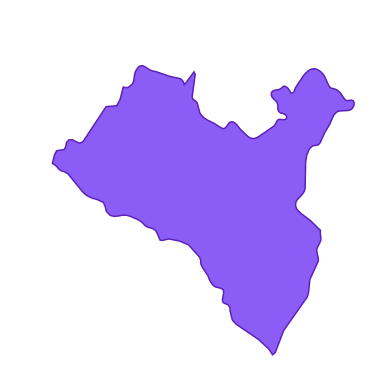 the border of Bas-Rhin, rotated 101°
{"feature_id": "FRA-5273", "entity_name": "Bas-Rhin", "entity_type": "Metropolitan department", "adm_level": 1, "iso_a3": "FRA", "parent_name": "France", "parent_adm1": "", "projection": "natural_earth1", "projection_center": [7.42, 48.594], "detail": "fine", "context": "isolated", "style": "filled", "palette": "violet", "viewbox_px": 384, "rotation_deg": 101, "n_neighbors": 0, "source": "natural_earth", "source_scale": "10m", "svg_char_len": 2830}
<svg xmlns="http://www.w3.org/2000/svg" viewBox="0 0 384 384"><g transform="rotate(101 192 192)"><path d="M205.3,58.4L206.2,58.5L209.0,57.9L211.8,56.9L214.7,56.4L217.4,56.8L222.4,58.3L224.6,58.6L227.5,57.9L233.0,55.4L235.6,54.8L255.3,59.6L268.7,58.4L273.0,58.8L310.5,75.6L333.7,79.6L336.4,81.8L331.5,86.6L324.2,98.3L313.5,123.2L310.6,127.3L309.2,128.4L300.5,132.3L298.4,132.4L297.9,133.1L296.8,134.0L295.7,135.6L295.2,138.4L294.7,140.1L293.4,141.1L291.6,141.6L284.9,141.7L282.2,142.5L281.0,145.2L280.7,150.9L279.7,153.3L277.1,156.2L274.0,158.7L271.2,160.3L264.7,166.8L261.1,169.5L257.2,170.5L254.5,172.2L244.5,185.4L242.5,195.2L242.5,205.7L245.3,212.1L245.3,214.2L239.4,218.2L236.6,220.6L235.4,223.4L234.9,229.1L233.7,232.1L232.1,234.0L230.5,236.9L229.3,240.3L227.6,248.3L227.3,252.2L228.1,255.9L229.6,259.7L230.8,263.8L230.5,268.0L227.3,272.4L222.9,274.4L219.1,277.1L217.5,283.5L217.0,289.6L215.5,294.7L213.0,299.1L198.0,317.0L196.5,320.7L196.0,325.0L194.8,327.4L193.2,329.2L191.5,331.9L190.6,334.5L181.4,334.0L177.3,332.7L174.6,325.4L171.2,324.6L167.2,324.6L164.1,322.7L163.6,318.9L164.9,314.9L165.5,311.3L163.1,308.5L124.6,292.6L121.7,282.4L115.2,280.3L102.1,279.5L102.2,275.9L100.8,273.9L97.3,271.1L94.3,270.4L86.8,270.8L84.6,270.5L82.7,269.9L80.1,268.7L78.7,267.7L78.1,266.7L77.4,264.6L78.1,261.8L80.1,257.0L80.7,254.2L80.8,249.7L82.7,236.0L83.0,224.9L84.4,222.6L86.2,221.1L88.0,220.1L85.8,218.7L73.7,213.0L76.0,211.3L98.5,210.0L100.5,209.0L102.1,205.7L103.4,204.0L112.8,199.4L115.0,197.2L116.8,194.7L118.4,190.7L120.4,183.3L123.2,176.4L123.9,173.1L122.6,171.4L120.6,170.3L118.3,169.4L116.4,168.2L115.5,166.5L115.5,164.3L117.3,161.0L121.2,156.5L127.0,147.4L127.7,145.4L127.9,144.4L128.0,142.9L127.8,141.8L127.2,140.2L126.1,138.5L124.8,137.0L111.5,124.0L109.4,123.1L105.4,121.9L104.1,120.6L103.8,119.0L103.8,117.2L103.5,115.5L102.8,114.0L101.2,113.2L99.5,113.7L98.2,115.3L97.6,117.9L97.6,120.2L96.4,122.2L94.4,123.5L91.4,124.1L89.6,124.7L87.6,125.8L84.9,129.9L83.5,131.6L81.3,132.8L79.1,132.9L77.3,131.8L76.3,130.2L74.9,126.4L73.8,124.7L72.2,123.5L70.6,122.2L70.6,120.1L71.9,117.5L75.8,113.8L75.7,112.1L74.3,111.1L69.8,110.3L56.6,104.8L52.9,102.6L51.4,101.5L49.7,99.8L48.5,98.0L47.8,96.0L47.6,94.2L47.9,92.3L48.5,90.4L49.5,88.3L51.0,86.2L53.2,83.9L61.8,77.8L63.1,76.1L63.5,74.9L63.6,73.6L63.6,72.0L63.8,70.6L64.0,69.7L64.1,69.2L66.0,65.8L67.6,64.0L71.3,60.4L72.5,58.7L72.7,56.9L71.4,53.0L71.6,51.2L73.5,49.9L76.0,49.5L79.7,50.7L81.2,52.3L82.2,54.3L84.4,63.0L85.5,64.8L87.4,66.3L89.8,67.6L99.4,69.8L108.5,73.1L118.1,75.3L120.2,76.1L121.8,77.3L122.6,79.1L123.1,81.1L124.3,82.9L126.2,84.3L128.6,85.3L133.7,86.4L141.3,86.1L166.5,81.7L168.9,81.7L171.1,82.3L173.3,83.3L179.6,87.2L181.7,88.0L184.0,88.0L186.2,87.5L188.3,86.3L190.2,84.0L192.2,81.0L197.4,70.4L205.3,58.4Z" fill="#8b5cf6" stroke="#5b21b6" stroke-width="1.5"/></g></svg>